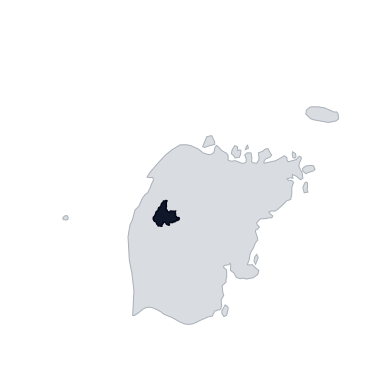 Andong-si, North Gyeongsang, South Korea (highlighted), rotated 207°
{"feature_id": "91817680B16014600177045", "entity_name": "Andong-si", "entity_type": "district", "adm_level": 2, "iso_a3": "KOR", "parent_name": "South Korea", "parent_adm1": "North Gyeongsang", "projection": "robinson", "projection_center": [128.764, 36.55], "detail": "fine", "context": "in_parent", "style": "filled", "palette": "ink", "viewbox_px": 384, "rotation_deg": 207, "n_neighbors": 0, "source": "geoboundaries", "source_scale": "gbopen_adm2", "svg_char_len": 5186}
<svg xmlns="http://www.w3.org/2000/svg" viewBox="0 0 384 384"><g transform="rotate(207 192 192)"><path d="M116.2,97.5L117.5,96.6L117.6,95.2L117.6,90.7L121.3,87.6L126.5,81.2L129.1,77.6L132.0,74.4L135.4,72.2L138.7,71.1L143.8,70.7L153.8,71.1L155.7,70.7L162.6,70.4L164.2,71.0L169.2,71.3L174.8,70.9L177.6,70.0L180.2,68.4L182.4,65.5L184.8,60.1L187.3,55.8L188.8,55.0L198.9,77.6L208.6,92.2L216.9,102.8L228.7,123.1L232.2,134.0L232.6,140.7L234.6,150.0L232.9,155.3L233.4,163.7L232.7,168.0L231.2,171.2L231.2,177.2L231.7,180.5L231.7,184.8L232.7,186.5L234.0,187.1L236.2,185.5L238.8,184.9L238.4,190.1L235.2,203.2L232.5,212.8L228.7,221.1L223.9,228.7L218.1,231.7L214.0,232.8L206.2,233.2L199.8,231.9L194.2,232.8L192.0,234.4L190.4,237.1L191.6,241.3L191.4,244.5L189.0,244.2L184.3,242.4L179.1,242.2L176.7,241.3L174.2,236.8L171.7,237.0L167.3,239.6L160.7,240.2L158.3,241.6L157.5,243.5L158.4,245.8L161.8,248.9L160.6,252.0L157.1,253.6L154.3,249.8L152.6,246.0L150.6,245.8L147.5,246.9L146.9,250.9L148.3,253.7L150.7,256.9L147.4,260.6L146.5,263.2L144.1,265.1L137.7,260.9L138.7,257.9L141.4,255.0L141.8,252.1L140.9,250.3L131.7,257.8L126.0,266.3L123.0,265.7L121.8,263.5L120.0,262.6L113.9,268.1L112.8,272.5L110.5,272.6L109.6,270.8L109.5,266.8L108.5,263.5L102.2,258.7L99.4,254.4L101.0,252.1L106.2,253.4L110.4,253.2L109.6,251.2L108.2,250.2L111.0,249.1L113.3,246.8L111.4,246.2L108.5,247.5L106.0,246.8L105.1,241.3L102.2,235.6L100.7,230.1L103.7,227.0L105.2,222.0L108.0,214.9L109.4,212.6L113.1,210.9L114.5,209.1L112.4,208.1L109.1,207.3L109.2,205.2L111.5,204.1L114.0,201.9L118.9,199.1L120.4,193.9L119.1,192.6L116.0,191.4L116.7,188.7L118.0,186.7L117.5,185.5L114.0,182.1L111.6,179.1L112.4,175.5L111.9,170.2L112.2,165.8L112.1,163.3L110.4,157.9L109.7,152.4L107.4,153.2L105.5,154.6L98.9,152.7L96.8,152.5L96.0,148.5L98.4,143.5L104.1,139.1L107.3,138.5L109.8,136.6L113.6,136.0L118.1,139.0L122.2,139.6L124.4,144.7L125.8,145.8L126.1,143.9L129.4,141.7L130.2,140.0L129.5,139.1L125.7,138.2L122.4,131.8L121.9,129.0L120.7,127.2L122.6,122.1L118.7,116.2L116.8,114.4L117.1,109.2L115.1,105.8L113.9,104.0L113.3,100.8L113.9,99.4L115.7,98.8L116.2,97.5ZM101.5,327.8L99.6,329.0L97.8,328.3L97.3,327.8L95.2,324.9L94.7,323.4L96.1,320.5L102.0,315.9L117.2,311.3L120.0,311.2L125.9,313.1L127.2,316.7L126.1,319.8L124.7,321.9L117.7,325.4L112.3,327.1L101.5,327.8ZM203.9,248.1L200.0,251.2L194.6,247.0L193.3,244.7L197.4,241.3L200.9,237.5L203.1,237.2L203.9,248.1ZM175.4,247.7L175.0,252.7L172.0,252.9L170.2,249.7L168.3,251.3L167.3,251.3L165.8,247.4L165.6,244.3L169.1,241.9L171.2,243.3L174.3,244.0L175.4,247.7ZM98.0,269.8L95.3,270.5L93.8,268.8L92.7,268.3L93.3,266.1L97.8,261.6L98.6,260.0L102.7,260.9L104.2,263.3L102.3,266.9L98.0,269.8ZM111.5,99.8L111.2,106.5L108.9,106.2L107.4,105.5L106.7,104.2L105.2,98.0L107.0,95.5L110.4,97.5L111.5,99.8ZM95.5,251.5L94.9,252.7L93.1,252.4L91.3,248.9L90.5,246.1L88.6,244.6L91.6,242.2L95.4,246.5L95.5,251.5ZM106.6,162.6L106.0,165.8L103.3,163.7L102.5,156.5L105.4,158.6L106.6,162.6ZM294.6,112.8L292.7,114.3L290.5,112.8L290.2,111.2L291.4,109.9L294.1,109.0L295.4,110.2L294.6,112.8ZM119.9,271.1L120.6,273.5L117.2,273.1L115.4,270.8L115.7,268.8L117.7,268.5L119.9,271.1ZM164.2,257.4L163.7,259.0L161.6,256.6L163.7,254.0L164.2,257.4Z" fill="#d9dde1" stroke="#a8b0b8" stroke-width="1"/><path d="M197.6,151.9L197.2,152.3L197.3,152.6L197.6,152.6L197.8,152.6L198.3,153.0L198.2,153.7L198.0,154.2L197.9,154.8L196.9,155.1L196.3,155.5L195.8,155.8L195.3,156.0L195.1,156.5L195.2,157.0L194.8,157.4L194.2,157.4L193.7,157.7L193.6,158.4L193.5,158.9L193.0,159.2L192.6,159.4L192.3,159.9L192.1,160.4L191.6,160.7L191.3,161.0L191.1,161.5L191.2,162.5L191.9,163.2L192.5,163.1L193.0,162.1L193.3,161.6L193.6,162.0L193.8,162.6L194.5,162.9L195.2,163.0L195.7,163.1L196.2,164.1L196.6,164.7L196.7,165.1L197.1,165.3L197.6,165.7L197.7,166.2L197.8,166.9L198.0,167.5L198.7,167.0L199.1,166.7L199.7,166.5L200.1,166.2L201.4,165.8L202.1,165.5L202.6,165.3L202.7,164.6L202.8,163.8L204.7,163.4L205.1,163.8L205.5,164.2L206.4,164.5L206.9,164.9L207.0,164.9L207.4,165.2L207.6,165.4L208.0,166.4L208.1,166.8L208.2,167.5L208.4,167.9L209.0,168.5L209.4,168.8L209.3,169.2L209.4,169.7L209.7,170.1L210.0,170.7L210.3,171.5L210.2,172.0L210.2,172.3L210.3,172.8L210.9,172.8L211.4,172.6L211.8,172.1L212.1,171.6L212.6,171.3L213.2,171.1L213.3,170.6L213.2,169.9L213.2,169.4L213.5,168.9L213.8,168.2L213.8,167.5L213.8,166.9L213.5,166.5L213.4,165.7L213.4,165.0L213.5,164.4L213.9,163.9L214.2,163.5L214.4,163.1L214.5,162.6L214.5,162.1L214.1,161.7L213.9,161.3L213.8,160.8L214.1,160.4L214.4,160.1L214.4,159.7L214.2,159.3L214.4,158.9L214.5,158.8L215.0,157.7L214.9,157.4L214.6,156.7L214.5,156.1L214.5,155.3L214.4,153.7L214.5,153.3L214.7,153.0L214.9,152.1L214.9,151.7L214.6,151.0L214.2,150.2L213.5,150.0L213.3,149.5L212.5,149.0L211.9,149.0L211.1,149.0L210.5,148.9L210.0,148.6L209.5,148.1L208.8,147.5L208.2,147.2L207.6,147.1L207.1,147.1L206.8,146.5L206.5,146.5L205.8,147.0L205.2,147.4L204.8,147.4L204.0,147.4L203.4,147.8L203.7,148.1L203.8,148.6L203.7,149.1L203.7,149.6L203.6,150.1L203.5,150.7L203.5,151.2L203.6,152.5L202.9,152.7L202.5,152.8L201.9,152.7L201.3,152.6L201.0,152.4L200.6,152.0L200.3,151.8L199.8,151.7L199.1,151.7L198.3,151.9L197.6,151.9Z" fill="#0f172a" stroke="#020617" stroke-width="1.5"/></g></svg>